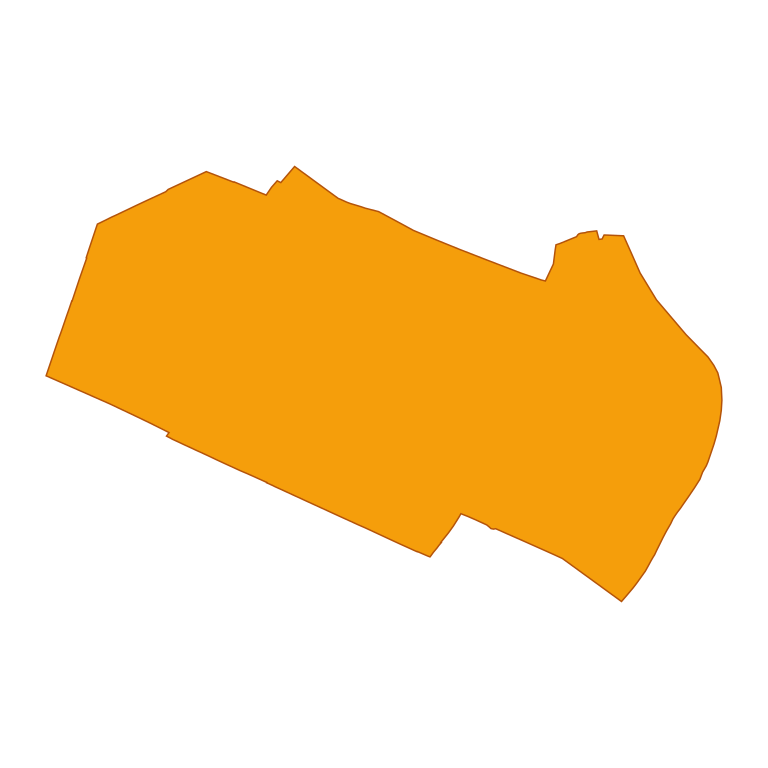 Tichilesti, Braila, Romania (Natural Earth projection)
{"feature_id": "2599482B652053603883", "entity_name": "Tichilesti", "entity_type": "district", "adm_level": 2, "iso_a3": "ROU", "parent_name": "Romania", "parent_adm1": "Braila", "projection": "natural_earth1", "projection_center": [27.899, 45.141], "detail": "fine", "context": "isolated", "style": "filled", "palette": "amber", "viewbox_px": 768, "rotation_deg": 0, "n_neighbors": 0, "source": "geoboundaries", "source_scale": "gbopen_adm2", "svg_char_len": 2286}
<svg xmlns="http://www.w3.org/2000/svg" viewBox="0 0 768 768"><path d="M621.5,601.5L627.2,594.9L628.8,593.0L630.4,591.1L633.1,587.9L636.7,583.2L641.0,577.2L645.3,571.2L648.3,565.8L651.0,560.8L653.2,557.0L654.6,554.8L656.8,550.1L659.6,544.5L662.9,537.8L665.2,533.4L666.7,530.6L668.8,527.0L670.7,523.7L672.9,519.0L674.8,516.0L677.5,512.1L680.3,508.5L682.7,505.0L686.3,499.8L689.1,495.8L694.7,487.5L699.9,479.3L702.6,472.1L706.3,465.8L707.9,462.0L711.5,451.4L714.0,444.0L716.3,436.0L719.8,420.8L721.3,410.3L721.9,400.2L721.3,387.5L719.3,379.0L717.8,372.9L713.8,365.3L708.0,357.0L699.8,348.7L686.0,334.6L682.0,329.9L669.0,314.6L656.5,299.9L644.2,279.7L640.1,273.0L631.9,254.4L623.6,235.8L607.2,235.1L604.1,235.0L602.1,239.0L599.0,239.4L596.7,230.9L587.0,232.0L585.5,232.6L584.3,232.8L582.3,233.0L580.5,233.3L579.0,233.8L577.9,234.7L576.5,236.7L559.9,243.5L556.0,244.8L555.2,249.8L553.4,264.0L545.4,281.0L541.0,279.9L540.2,279.6L521.0,273.1L486.1,259.7L459.1,249.2L436.5,240.0L413.4,230.4L401.5,223.9L378.6,211.6L365.3,208.2L361.3,206.8L350.3,203.5L346.8,202.2L340.2,199.2L338.2,198.4L294.6,166.5L280.8,182.6L277.2,180.8L271.5,187.3L266.2,195.1L234.1,181.9L233.9,182.2L233.0,181.9L206.3,171.6L168.2,189.4L165.8,191.7L147.0,200.4L135.5,205.8L130.3,208.3L115.4,215.4L111.8,217.0L100.5,222.6L97.4,224.1L96.6,226.4L88.8,249.8L86.2,257.8L86.7,258.1L79.5,278.7L72.1,301.0L71.8,300.9L69.1,308.9L66.8,315.4L62.5,328.0L60.5,333.7L59.4,336.6L56.0,346.5L46.1,375.8L59.5,381.7L80.6,391.0L93.5,396.7L109.6,403.8L138.1,417.3L153.2,424.6L153.3,424.7L167.7,431.9L169.0,432.6L166.5,436.1L169.8,437.8L172.5,439.3L178.4,442.0L184.3,444.8L192.4,448.5L195.1,449.8L207.8,455.6L216.2,459.6L224.6,463.5L240.1,470.6L246.2,473.2L253.7,476.5L266.9,482.5L266.7,482.8L273.1,485.7L274.4,486.4L308.6,502.1L338.7,515.9L358.0,524.7L365.1,527.8L386.4,537.7L395.0,541.7L400.0,544.0L405.1,546.3L410.2,548.6L414.1,550.4L417.3,551.8L417.5,551.6L425.8,555.2L427.9,556.1L430.0,556.9L430.8,555.9L433.4,552.3L437.0,548.0L438.9,545.4L441.3,542.6L440.8,542.4L444.9,537.3L448.5,532.8L453.4,526.0L459.1,516.9L460.9,513.7L468.0,516.5L474.2,519.2L486.7,524.9L489.4,527.1L491.0,528.6L493.5,529.1L495.7,528.7L506.9,533.7L523.7,541.1L545.0,550.6L553.7,554.5L562.4,558.5L621.5,601.5Z" fill="#f59e0b" stroke="#b45309" stroke-width="1.5"/></svg>